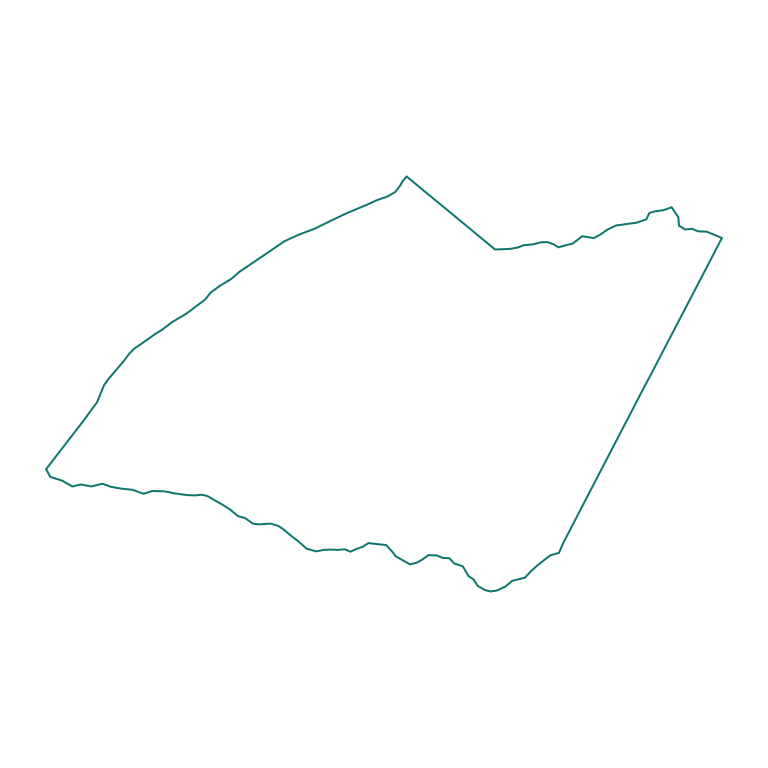 Pureza, Rio Grande do Norte, Brazil (Albers equal-area conic projection)
{"feature_id": "56859067B14620610310527", "entity_name": "Pureza", "entity_type": "district", "adm_level": 2, "iso_a3": "BRA", "parent_name": "Brazil", "parent_adm1": "Rio Grande do Norte", "projection": "albers", "projection_center": [-35.595, -5.407], "detail": "fine", "context": "isolated", "style": "outline", "palette": "teal", "viewbox_px": 768, "rotation_deg": 0, "n_neighbors": 0, "source": "geoboundaries", "source_scale": "gbopen_adm2", "svg_char_len": 1821}
<svg xmlns="http://www.w3.org/2000/svg" viewBox="0 0 768 768"><path d="M80.7,484.5L91.4,486.4L102.5,483.7L110.5,486.7L119.7,488.4L126.8,489.2L132.6,489.8L143.6,493.8L152.2,491.0L165.0,491.4L173.7,493.2L179.5,494.1L187.5,495.1L195.1,495.4L201.6,494.7L207.4,496.0L213.8,499.8L221.5,504.1L230.4,509.8L237.8,516.0L245.1,518.1L252.9,523.6L258.7,524.4L270.5,523.6L278.2,525.9L282.9,528.9L291.5,536.1L298.3,541.3L306.5,548.6L316.3,551.4L323.6,549.9L331.0,549.6L337.5,549.9L344.9,549.3L350.4,551.7L356.2,549.0L362.7,546.8L368.4,543.1L379.8,544.4L386.0,545.0L392.0,551.4L395.8,556.3L401.9,559.8L409.8,564.3L416.2,562.9L421.7,560.0L428.5,555.1L436.8,555.5L443.0,558.0L449.3,558.2L454.2,563.5L462.8,566.3L468.5,576.1L473.6,579.5L477.7,585.9L484.7,590.0L490.6,591.5L496.9,590.5L505.3,586.6L512.3,580.8L524.9,577.7L530.7,571.5L536.8,565.9L546.0,558.6L550.6,555.2L558.9,552.9L563.5,542.5L598.5,475.0L644.9,385.7L649.7,376.8L665.1,347.2L675.2,327.8L702.2,276.0L721.9,238.0L706.9,231.7L698.0,231.3L692.0,228.8L685.1,229.5L679.0,225.6L678.3,217.1L671.6,207.3L663.0,210.3L655.2,211.3L649.2,213.1L646.4,219.3L636.6,222.7L627.4,223.9L616.0,225.5L607.2,229.7L601.1,234.1L593.9,238.1L582.1,236.2L577.0,240.3L572.5,243.7L565.7,245.2L558.4,247.3L553.5,244.3L547.6,242.1L541.2,242.3L532.2,244.5L523.7,245.2L518.1,247.4L510.8,248.8L502.4,249.2L495.1,249.5L406.6,176.5L402.7,181.1L399.7,186.3L395.1,192.1L387.4,196.5L376.1,200.5L367.5,204.5L346.3,213.4L330.1,221.1L314.5,228.8L298.5,234.8L284.7,241.1L239.2,272.0L231.1,279.1L220.2,285.6L211.0,292.3L204.9,299.7L194.1,307.8L186.5,313.5L172.4,321.9L162.2,329.6L155.2,334.0L147.9,339.2L133.8,349.0L128.8,354.2L124.2,360.5L108.3,379.2L104.0,385.3L100.3,394.4L97.0,402.3L90.3,411.3L85.3,418.4L46.1,469.2L50.3,476.9L62.0,480.6L72.5,486.5L80.7,484.5Z" fill="none" stroke="#0f766e" stroke-width="2"/></svg>